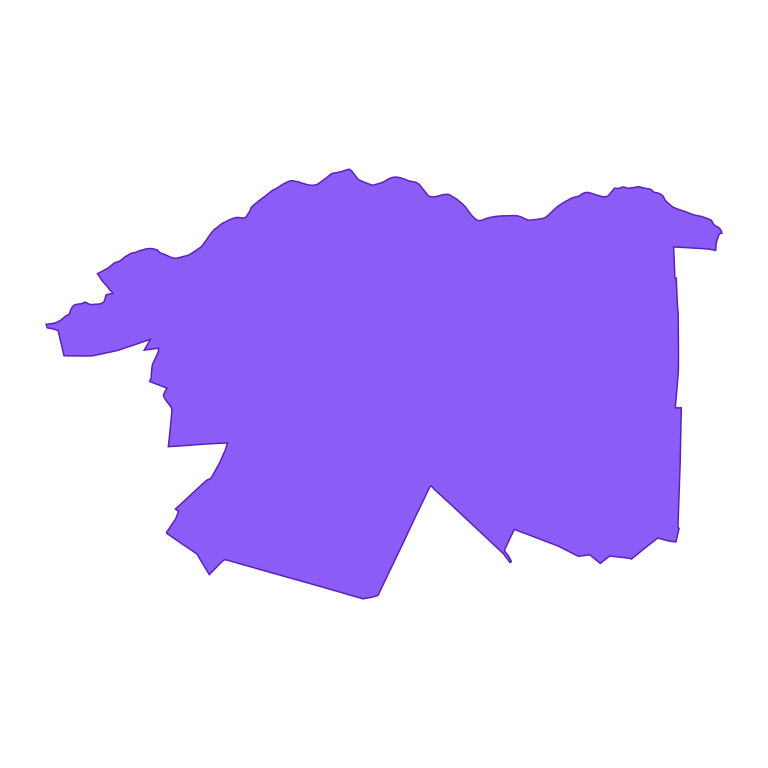 Galanesti, Suceava, Romania (Robinson projection)
{"feature_id": "2599482B27745550572599", "entity_name": "Galanesti", "entity_type": "district", "adm_level": 2, "iso_a3": "ROU", "parent_name": "Romania", "parent_adm1": "Suceava", "projection": "robinson", "projection_center": [25.817, 47.903], "detail": "fine", "context": "isolated", "style": "filled", "palette": "violet", "viewbox_px": 768, "rotation_deg": 0, "n_neighbors": 0, "source": "geoboundaries", "source_scale": "gbopen_adm2", "svg_char_len": 5906}
<svg xmlns="http://www.w3.org/2000/svg" viewBox="0 0 768 768"><path d="M675.9,541.9L679.1,528.3L678.0,527.8L678.1,522.6L680.2,461.9L681.3,407.8L675.3,407.9L677.4,383.0L678.4,371.3L678.5,353.0L678.3,328.3L678.2,313.6L677.6,307.5L676.8,292.0L676.3,278.1L674.8,278.1L674.7,272.3L674.2,261.1L674.0,254.5L673.6,246.9L682.0,247.4L700.7,248.5L707.0,248.9L712.4,249.7L715.7,250.4L716.1,243.7L716.8,241.1L718.4,236.1L719.3,234.2L720.3,233.4L721.0,233.2L721.6,233.4L721.9,233.2L721.5,231.1L721.0,230.4L719.5,228.2L717.3,226.7L715.0,225.6L713.1,223.7L711.8,221.0L710.8,219.9L706.9,218.3L701.5,216.5L698.8,215.9L694.5,215.1L690.6,213.7L683.8,211.1L676.9,208.8L672.7,207.0L671.4,205.9L666.5,201.7L665.2,200.3L664.6,198.9L663.8,197.7L663.2,196.3L661.8,194.9L659.8,193.7L657.7,192.9L656.9,192.8L655.1,192.5L654.3,192.4L653.0,191.4L651.6,189.9L650.6,189.4L649.0,188.9L646.4,188.5L645.0,188.1L643.2,187.9L641.7,187.7L640.4,187.0L638.4,186.7L636.9,186.9L635.0,187.3L633.7,187.7L632.7,187.8L631.6,187.7L631.1,188.0L628.8,188.2L627.1,188.1L625.7,187.6L624.4,187.1L623.2,187.0L622.1,187.2L620.8,187.6L618.7,188.4L616.9,188.4L614.8,188.2L614.5,188.2L610.9,192.6L609.3,194.5L607.7,196.1L606.3,196.7L604.4,196.8L602.1,196.5L598.0,195.5L595.5,194.6L593.4,193.9L591.2,193.2L589.0,192.6L587.2,192.4L585.7,192.5L584.1,192.9L582.9,193.6L581.5,194.1L580.1,195.6L577.8,196.5L576.3,196.7L573.8,197.4L571.3,198.2L568.4,199.9L565.2,201.6L562.4,203.3L559.5,205.2L557.4,206.7L555.2,208.6L552.6,211.0L550.8,212.7L548.5,214.9L546.8,216.5L545.2,217.6L543.3,218.3L540.7,218.8L537.6,219.3L533.8,219.7L530.9,220.1L528.7,220.2L527.2,219.7L524.2,218.4L520.7,216.8L519.3,216.4L518.3,216.0L516.8,215.8L514.5,215.6L511.9,215.6L509.5,215.7L503.7,215.9L501.5,215.9L498.0,216.2L495.5,216.5L492.2,217.1L489.4,217.5L486.9,218.3L482.5,220.0L479.9,220.7L478.1,220.5L476.1,219.6L472.6,216.4L470.6,214.1L467.6,209.8L465.1,206.6L461.9,203.4L457.1,199.5L451.1,195.7L449.6,194.7L448.7,194.5L447.2,194.3L445.7,194.4L443.9,194.6L442.2,194.9L435.5,196.7L432.4,196.9L430.8,196.8L429.2,196.2L428.0,195.6L426.9,194.1L420.2,185.5L419.3,184.5L418.3,183.7L417.1,183.1L416.1,182.4L415.0,182.0L413.1,181.8L411.5,181.5L408.9,180.9L403.5,178.8L400.4,177.8L397.6,177.2L395.6,177.1L394.3,177.1L392.7,177.5L390.8,178.0L389.7,178.4L388.6,178.9L385.8,180.6L384.3,181.6L381.3,182.8L379.3,183.4L377.3,184.0L375.4,184.5L374.1,185.0L372.6,185.1L371.1,184.8L367.9,183.6L364.6,182.3L360.9,180.8L359.3,180.0L358.4,179.4L357.2,178.4L356.6,177.4L355.7,176.3L354.7,174.8L353.3,173.2L352.3,171.8L351.5,171.0L350.9,170.4L350.2,169.8L349.1,169.2L348.0,169.5L345.8,170.1L342.2,171.4L341.3,171.6L339.2,172.0L337.7,172.5L336.3,172.7L334.5,173.0L332.5,173.3L330.6,174.3L328.8,175.8L326.8,177.7L325.5,178.4L318.9,183.3L317.7,184.2L316.1,184.7L314.4,185.1L312.7,185.3L311.1,185.3L309.8,185.1L308.2,184.9L305.7,184.2L303.3,183.5L301.6,183.0L299.8,182.4L298.9,182.0L297.6,181.7L295.4,181.3L293.8,180.9L292.3,180.8L291.1,180.8L289.9,181.0L288.0,181.7L284.6,183.3L282.4,184.6L280.7,185.6L278.7,187.0L276.9,188.1L275.7,189.1L274.3,189.4L273.3,189.9L272.1,190.7L263.6,197.3L261.0,199.2L254.4,204.5L251.7,206.8L251.0,207.9L250.6,209.2L250.0,210.7L249.0,212.5L247.5,214.7L246.7,216.3L245.7,217.2L244.8,217.8L242.8,218.0L241.1,217.8L238.3,217.5L236.2,217.5L233.5,218.2L230.9,219.3L227.8,220.5L225.8,221.8L224.8,222.4L224.0,222.5L222.2,223.4L220.0,225.1L216.8,227.8L214.6,229.2L213.8,230.0L213.2,230.8L211.2,233.0L208.4,237.0L205.5,241.3L204.0,243.4L202.8,244.9L202.0,245.8L201.4,246.7L200.3,247.5L199.3,248.2L194.2,251.6L190.8,253.9L188.1,255.3L186.2,255.9L184.2,256.2L182.2,256.8L180.4,257.3L178.2,257.8L176.5,258.2L175.1,258.3L173.8,258.0L172.3,257.8L171.0,257.3L169.8,256.8L168.2,256.1L165.7,254.9L164.3,254.3L162.9,253.7L161.1,253.3L159.8,252.6L158.8,251.6L157.5,250.1L156.7,249.8L155.3,249.4L153.9,249.0L152.8,248.8L151.3,248.6L149.6,248.5L147.6,248.7L146.1,248.9L143.8,249.6L141.9,250.1L139.6,250.7L137.4,251.6L135.9,252.3L134.5,252.7L133.1,252.9L132.1,253.0L131.1,253.3L129.1,254.4L126.2,256.2L124.9,256.8L123.5,258.2L122.3,259.2L120.8,260.3L119.2,261.3L117.1,262.0L116.2,262.3L115.2,262.6L114.1,263.0L113.6,263.5L111.6,265.2L108.9,267.5L106.6,268.9L104.6,270.0L103.2,270.7L102.2,271.2L100.1,272.3L97.4,273.7L102.6,281.3L108.2,287.6L109.3,289.5L111.9,291.9L112.9,293.2L106.1,294.8L105.0,298.9L103.8,302.0L101.4,303.5L99.5,304.0L98.0,304.1L95.0,304.3L91.8,304.5L89.9,304.3L88.5,303.9L86.8,302.9L85.4,302.2L84.5,302.3L83.2,302.9L82.2,303.7L78.9,304.0L75.8,304.5L74.2,305.1L73.2,306.0L71.8,307.8L70.5,310.3L70.1,311.8L69.1,314.3L65.6,316.1L60.6,320.3L56.8,322.3L54.0,323.3L46.1,324.3L47.2,327.8L49.3,328.2L55.0,329.4L58.2,330.8L59.0,334.4L62.0,347.1L64.0,355.8L84.7,356.0L92.0,355.9L104.2,353.4L117.4,350.5L121.0,349.3L150.3,339.4L150.0,340.0L149.7,340.6L144.2,350.1L158.6,348.2L158.3,351.8L157.4,353.9L156.4,356.0L153.9,361.3L152.3,365.0L151.3,373.9L151.2,377.8L149.6,381.5L166.6,388.0L167.1,388.2L165.0,391.3L163.6,394.7L163.5,396.2L165.6,399.9L170.8,406.7L171.7,408.7L171.8,412.0L171.1,419.6L169.4,436.9L168.3,446.7L170.5,446.5L181.1,445.9L207.6,443.9L227.6,442.9L225.1,450.5L219.6,462.9L210.9,478.4L206.6,480.2L192.6,493.1L175.4,509.1L177.3,510.5L178.7,511.1L178.5,511.4L176.0,518.3L166.6,532.3L166.7,533.3L181.8,543.7L197.0,554.0L200.2,559.5L207.8,572.2L209.3,574.6L218.9,564.8L222.0,561.7L223.6,560.4L224.5,559.9L225.9,559.8L259.7,569.4L322.8,587.2L352.7,595.8L363.1,598.8L371.9,597.2L377.5,595.6L378.3,594.8L386.3,578.0L404.3,540.5L416.5,514.5L419.7,508.0L428.6,489.4L430.1,486.9L431.4,485.9L434.4,489.4L449.7,503.4L503.4,553.7L510.0,562.5L510.9,562.1L511.3,561.5L510.8,560.1L509.2,557.5L508.4,555.7L506.4,553.3L505.1,551.7L504.6,550.7L504.8,549.4L509.5,539.3L514.3,529.4L557.8,545.9L578.4,556.3L589.7,554.8L600.3,563.4L606.0,558.8L609.8,556.0L628.0,558.1L631.6,559.0L645.5,547.6L657.9,538.0L664.2,539.8L668.2,540.9L671.4,541.4L675.9,541.9Z" fill="#8b5cf6" stroke="#5b21b6" stroke-width="1.5"/></svg>